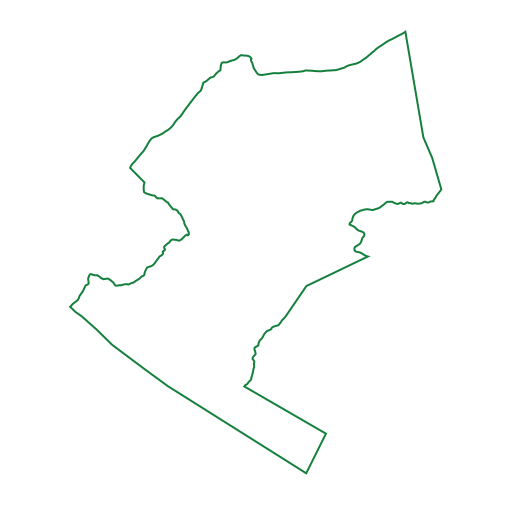 San Miguelito, Intibucá, Honduras, rotated 178°
{"feature_id": "27666195B17260395757329", "entity_name": "San Miguelito", "entity_type": "district", "adm_level": 2, "iso_a3": "HND", "parent_name": "Honduras", "parent_adm1": "Intibucá", "projection": "albers", "projection_center": [-88.337, 14.373], "detail": "fine", "context": "isolated", "style": "outline", "palette": "green", "viewbox_px": 512, "rotation_deg": 178, "n_neighbors": 0, "source": "geoboundaries", "source_scale": "gbopen_adm2", "svg_char_len": 6121}
<svg xmlns="http://www.w3.org/2000/svg" viewBox="0 0 512 512"><g transform="rotate(178 256 256)"><path d="M283.2,450.4L283.9,449.2L284.2,448.5L284.6,446.7L284.9,444.7L285.0,443.5L285.1,443.0L285.7,442.5L286.7,442.0L287.9,441.0L289.1,440.1L292.0,436.8L293.4,436.3L294.7,436.1L295.1,436.0L297.1,434.5L298.9,433.0L299.6,432.5L300.4,432.0L302.0,431.4L302.6,431.0L304.6,425.0L305.2,423.7L305.6,423.1L306.1,422.6L308.4,420.8L312.3,416.3L321.1,405.6L326.2,398.7L326.8,398.0L328.9,396.3L330.3,394.9L332.1,392.8L334.1,390.0L335.4,388.5L337.1,386.9L339.2,385.3L342.5,383.4L344.9,381.8L349.6,379.6L354.2,378.3L354.7,378.0L355.2,377.6L355.9,377.4L356.4,377.0L357.8,375.4L359.4,373.2L361.3,369.9L364.8,364.7L367.2,362.3L373.8,354.8L376.4,352.3L378.1,350.0L378.7,348.4L364.9,333.4L365.8,330.0L365.9,325.5L365.7,324.0L365.6,323.7L363.6,322.4L362.8,322.1L358.4,320.5L357.3,320.2L356.0,320.0L355.3,319.8L354.4,319.2L353.9,318.3L353.6,317.9L352.5,317.1L351.4,317.0L348.2,317.0L347.7,316.9L343.9,313.6L342.8,312.7L341.9,312.3L341.7,312.0L341.6,311.4L341.4,311.0L337.3,305.6L337.0,305.5L336.2,305.5L335.4,305.4L334.6,305.1L333.9,304.8L333.2,304.1L332.6,303.5L332.3,302.9L332.2,302.3L332.0,302.0L331.2,301.2L330.2,300.6L329.0,298.3L326.8,293.2L326.6,292.5L326.5,291.1L326.2,290.2L325.5,288.7L324.2,286.4L323.6,285.0L323.0,283.2L322.6,282.6L322.4,281.9L322.4,280.7L322.4,280.2L322.6,279.5L322.9,279.2L323.1,279.1L323.5,279.1L323.8,279.5L324.2,279.7L324.7,279.6L325.5,279.2L326.0,278.8L329.9,275.2L331.1,274.5L332.1,274.1L332.9,274.1L334.9,274.8L337.8,275.3L339.2,275.3L339.8,275.1L340.4,274.7L341.2,273.9L342.4,272.4L344.1,271.4L347.4,268.6L347.5,268.2L347.5,267.4L347.3,266.8L346.8,266.1L346.8,265.4L347.0,265.0L347.3,264.7L348.4,264.2L348.9,263.7L349.1,263.0L348.8,262.4L348.8,262.0L349.0,261.4L349.2,261.0L350.7,259.8L352.3,258.9L352.6,258.6L356.9,253.1L358.1,251.6L359.2,250.6L359.8,250.2L361.0,249.6L364.8,248.4L365.3,248.1L366.4,246.4L367.6,243.9L368.1,242.4L368.1,241.7L368.2,241.3L368.6,240.6L369.3,240.1L370.2,239.9L370.6,239.8L371.4,239.2L372.4,238.2L373.3,237.4L376.5,235.6L379.8,233.5L380.8,233.5L384.6,231.9L385.0,231.9L385.8,232.4L386.7,232.4L388.8,232.2L391.1,231.7L392.4,231.4L392.8,231.4L393.0,231.6L394.1,231.5L395.7,231.2L397.0,231.3L397.6,231.5L397.9,231.8L399.7,234.7L400.0,235.0L401.1,235.8L402.6,237.2L404.4,238.4L405.0,238.6L405.7,238.6L408.0,238.3L408.9,238.1L409.2,238.1L410.1,238.6L411.8,239.3L412.0,239.5L412.2,240.0L412.6,240.4L414.0,241.4L415.2,242.2L415.9,242.3L416.9,242.3L417.9,242.4L421.5,243.6L421.8,243.7L422.2,243.5L422.8,243.1L423.4,242.2L424.5,239.5L424.5,238.4L424.2,235.2L424.3,234.5L424.4,234.0L424.7,233.8L425.4,233.3L426.1,233.0L426.9,232.8L427.4,232.4L428.4,230.5L430.4,226.6L433.7,222.3L433.9,221.8L434.4,220.3L435.4,218.6L436.6,217.5L440.8,214.5L443.5,211.7L438.5,206.5L432.4,201.9L417.8,188.0L402.6,172.0L369.6,145.5L348.5,128.9L213.4,37.1L192.3,76.0L272.2,126.0L271.7,126.8L271.2,127.3L270.7,127.6L269.7,128.0L269.1,128.5L268.3,129.5L267.6,130.6L266.6,131.3L265.7,132.2L265.3,132.7L265.0,133.1L265.0,134.4L264.1,136.7L263.3,139.5L263.0,140.6L262.4,143.4L261.8,144.8L261.7,145.3L261.8,148.8L261.7,149.2L261.4,149.8L261.3,150.3L261.5,150.8L261.9,151.7L262.9,153.1L263.0,153.5L263.0,153.9L262.7,154.7L262.0,155.7L261.5,156.3L260.3,157.4L259.9,157.9L259.8,158.3L260.1,160.2L260.8,162.7L260.8,163.6L260.6,164.3L260.1,164.8L258.2,165.7L257.2,166.2L256.9,166.5L256.7,167.0L256.6,168.1L256.4,168.9L255.3,171.2L254.9,171.8L253.7,172.8L253.0,173.6L251.7,175.4L250.6,177.5L248.3,180.1L247.3,180.7L244.9,181.6L243.5,182.2L243.2,182.6L243.1,183.2L242.9,183.5L242.4,184.0L241.7,184.4L240.0,185.1L236.1,186.0L235.8,186.3L233.6,188.8L232.5,190.5L228.7,194.3L206.7,224.2L201.2,226.6L144.2,251.6L145.5,252.0L146.7,252.6L150.5,255.1L152.0,256.0L154.2,256.4L156.3,257.1L157.0,257.7L157.2,258.2L157.4,259.0L157.4,259.8L157.2,260.6L157.0,261.3L156.7,261.6L155.7,262.1L153.4,263.5L152.0,264.4L151.2,265.2L150.8,265.9L150.4,266.6L149.1,270.2L148.7,270.7L147.8,271.6L147.4,272.2L147.1,272.9L146.9,273.7L147.0,274.5L147.1,274.8L147.5,275.4L148.0,275.9L149.9,276.9L151.9,277.6L153.2,278.2L153.7,278.6L156.5,281.6L159.9,283.5L161.1,283.9L161.4,284.3L161.5,284.5L161.4,284.8L161.0,285.6L160.3,286.3L159.4,287.0L158.7,288.0L158.5,288.6L158.4,289.6L158.2,290.4L157.7,291.6L157.2,292.7L156.3,293.9L155.1,295.0L153.9,295.8L151.8,296.8L150.5,297.5L146.1,298.6L144.4,298.8L142.6,298.8L141.5,298.6L139.3,298.1L137.6,297.9L132.2,299.4L131.3,299.7L130.0,300.5L126.7,302.8L124.2,304.8L123.1,305.5L122.6,305.6L120.6,305.5L118.9,305.5L117.9,305.4L117.3,305.1L116.1,304.2L113.2,303.2L112.7,303.1L112.1,303.2L109.9,304.1L109.1,304.2L108.8,304.1L108.4,303.5L107.9,303.2L106.8,302.8L106.3,302.8L105.7,302.8L105.3,302.9L103.6,304.2L103.1,304.4L102.5,304.3L101.7,303.7L101.1,303.4L100.8,303.4L100.2,303.5L99.5,303.4L99.2,303.3L98.7,302.9L98.4,302.8L97.8,302.8L96.3,303.1L94.9,303.1L94.3,303.0L93.0,302.7L91.6,302.6L90.2,302.7L89.0,302.9L85.6,304.4L84.8,304.3L83.4,303.6L82.1,303.4L81.5,303.5L80.6,304.0L79.4,304.4L76.8,304.5L76.6,304.7L76.7,305.1L76.6,305.4L76.2,306.1L75.4,306.9L73.3,310.2L69.2,315.1L68.5,316.2L76.5,347.9L84.6,368.7L98.9,474.9L100.5,473.9L102.5,472.8L105.6,471.4L112.5,468.0L115.7,466.7L117.5,465.7L119.5,464.5L123.2,462.1L126.2,460.4L127.3,459.6L129.2,458.2L130.9,456.6L132.4,455.6L138.4,450.8L139.2,450.2L141.1,449.1L144.9,446.5L148.3,445.0L156.6,443.3L158.4,442.6L159.5,442.2L160.8,441.3L161.7,441.0L165.3,440.1L169.3,439.0L175.7,438.8L178.4,438.8L185.0,438.3L190.9,438.8L193.7,439.2L199.5,439.7L200.4,439.6L202.4,439.0L205.6,438.7L210.0,438.5L216.1,438.4L217.7,438.5L223.6,438.1L226.7,437.8L230.9,438.1L232.3,438.1L233.8,437.9L242.6,436.8L243.8,436.7L244.9,436.8L246.5,437.1L247.3,437.4L247.8,437.8L248.9,439.2L250.5,441.8L251.6,443.7L251.9,444.4L253.0,449.0L253.8,450.6L254.1,451.3L254.2,452.1L254.1,452.6L254.0,453.0L253.6,453.3L253.7,453.7L253.9,454.0L255.4,455.5L256.6,456.1L258.1,456.5L259.6,456.6L263.1,457.1L264.0,457.2L265.4,456.4L267.8,454.4L269.6,453.3L270.5,452.8L275.4,451.7L277.0,450.9L278.3,450.6L279.0,450.5L281.7,450.6L282.8,450.6L283.2,450.4Z" fill="none" stroke="#15803d" stroke-width="2"/></g></svg>